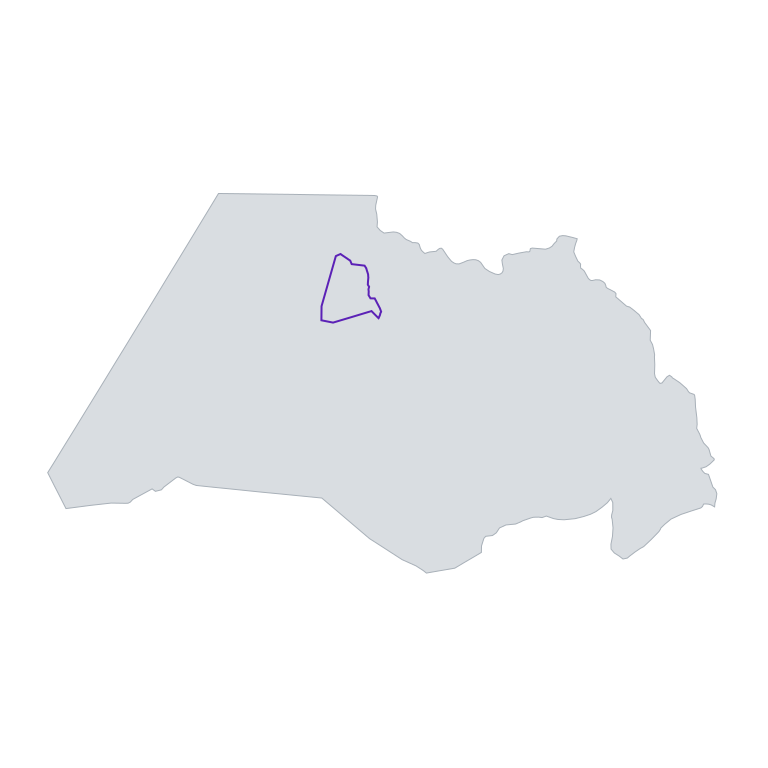 Mourtcha, Ennedi, Chad (highlighted), rotated 271°
{"feature_id": "50815135B12013942151217", "entity_name": "Mourtcha", "entity_type": "district", "adm_level": 2, "iso_a3": "TCD", "parent_name": "Chad", "parent_adm1": "Ennedi", "projection": "natural_earth1", "projection_center": [21.235, 16.282], "detail": "fine", "context": "in_parent", "style": "outline", "palette": "violet", "viewbox_px": 768, "rotation_deg": 271, "n_neighbors": 0, "source": "geoboundaries", "source_scale": "gbopen_adm2", "svg_char_len": 4274}
<svg xmlns="http://www.w3.org/2000/svg" viewBox="0 0 768 768"><g transform="rotate(271 384 384)"><path d="M571.6,215.2L571.7,233.9L571.8,252.6L571.9,271.3L572.0,290.1L572.0,308.8L572.1,327.5L572.2,346.2L572.3,364.9L572.3,371.1L571.9,373.5L571.7,373.9L571.0,374.3L562.5,372.6L558.8,372.5L553.6,373.8L545.9,374.6L541.0,374.3L537.5,377.5L534.9,381.4L536.2,390.7L535.9,393.8L534.8,397.0L532.5,399.7L530.2,401.9L528.8,403.8L527.1,408.0L525.8,410.0L525.9,412.6L525.5,415.4L524.1,416.8L520.6,417.9L518.3,419.1L516.4,421.1L515.2,422.6L515.9,424.5L516.8,427.2L517.3,431.3L517.6,433.8L519.4,435.7L520.5,437.2L520.8,438.9L519.8,440.3L515.5,443.3L513.7,444.5L511.7,446.0L511.0,446.6L507.8,449.4L506.2,451.9L505.4,454.0L505.4,457.0L507.1,461.3L508.8,465.0L509.5,467.8L509.9,470.8L509.8,473.7L508.9,476.3L507.3,478.5L501.3,482.8L498.3,487.5L495.9,493.2L495.4,496.3L496.0,498.4L497.3,500.1L499.0,501.0L501.6,501.3L506.0,500.3L510.0,499.7L514.3,501.8L516.5,506.5L515.6,510.0L517.2,516.4L518.7,524.0L518.6,526.6L519.2,527.5L521.9,528.0L522.5,529.8L521.6,543.2L522.9,547.0L524.7,549.7L526.7,551.1L528.7,552.9L529.8,554.1L532.1,554.4L534.8,556.8L535.5,560.1L535.3,563.2L533.8,570.0L532.6,574.6L531.0,574.3L527.9,573.2L524.1,572.2L519.4,571.4L515.0,573.3L510.2,575.7L508.6,577.5L507.3,578.5L505.2,578.4L503.2,578.7L502.2,580.4L500.4,582.3L493.5,586.2L492.0,587.6L491.1,589.1L491.1,590.6L491.9,593.8L491.8,597.8L490.3,601.0L488.5,603.1L486.4,604.0L484.7,604.4L483.6,605.7L480.0,613.0L478.4,614.4L475.2,614.2L466.1,625.1L465.2,628.3L461.8,632.9L457.6,638.0L453.8,640.4L453.5,641.4L452.5,642.3L450.2,643.4L442.1,649.6L432.4,649.4L428.1,651.8L423.9,652.9L417.8,654.1L416.0,653.9L408.2,654.4L399.0,654.3L395.5,655.1L392.2,657.5L389.8,659.5L389.4,660.2L389.8,661.1L389.7,661.8L396.1,666.8L397.7,669.3L396.1,671.7L395.3,672.1L395.2,672.2L394.1,674.1L390.4,679.8L384.6,686.6L381.7,688.5L380.5,689.7L379.0,694.2L378.0,694.8L374.1,695.4L366.3,695.9L355.6,697.4L349.1,697.8L345.1,697.4L339.4,700.5L337.4,701.3L336.2,701.6L330.6,704.6L325.9,709.2L324.3,710.1L317.7,712.1L315.1,715.3L313.9,715.5L309.7,711.3L306.9,707.5L305.5,703.6L305.3,702.4L304.5,702.6L302.2,704.3L300.2,706.3L299.3,710.0L292.5,712.5L286.7,714.6L284.1,717.3L280.1,718.7L274.9,718.1L270.8,717.0L266.9,716.7L268.8,713.3L269.5,710.8L269.7,707.7L269.5,705.6L267.1,704.6L265.6,702.9L262.3,693.2L258.8,683.3L254.0,673.4L248.7,667.2L244.8,663.3L243.6,662.9L241.6,661.7L240.2,660.5L233.2,653.9L225.9,646.4L224.0,643.0L220.4,637.9L216.3,632.7L214.2,630.3L213.2,626.0L216.1,622.1L219.1,617.2L222.9,613.9L227.7,613.7L235.6,615.1L244.2,615.5L252.6,614.5L254.8,613.8L257.0,613.9L261.6,615.0L269.5,614.8L273.6,612.8L269.2,609.4L264.5,604.0L260.1,598.1L257.4,592.8L255.0,586.0L252.7,577.5L251.4,566.5L251.6,560.3L252.4,555.8L254.8,548.6L253.2,544.4L253.6,540.9L253.4,535.9L252.7,533.3L249.6,524.9L249.0,524.0L246.3,518.1L245.2,508.4L242.1,502.0L237.2,498.9L234.4,495.1L233.5,488.4L231.5,486.6L223.8,484.3L217.3,484.3L212.6,476.7L206.7,467.0L201.1,458.0L197.7,440.0L195.7,429.7L198.1,426.6L202.7,419.2L208.7,405.2L222.2,383.5L229.1,372.3L242.7,355.7L259.5,335.3L268.9,323.8L270.6,302.8L272.4,280.6L273.7,263.9L275.4,244.0L276.8,227.4L277.8,215.2L279.3,198.1L280.4,194.8L287.0,181.3L287.5,179.5L286.3,177.3L277.2,165.8L274.3,163.3L272.7,157.3L275.1,154.0L264.2,134.8L261.5,132.4L260.3,130.1L260.2,126.6L260.2,113.3L257.5,92.5L253.9,68.2L266.9,61.3L276.8,56.0L289.5,49.3L301.0,56.2L317.8,66.1L334.6,76.1L351.4,86.0L368.3,96.0L385.1,105.9L402.0,115.8L418.9,125.8L435.8,135.7L452.7,145.7L469.6,155.6L486.6,165.5L503.6,175.5L520.5,185.4L537.5,195.3L554.6,205.3L571.6,215.2Z" fill="#d9dde1" stroke="#a8b0b8" stroke-width="1"/><path d="M449.7,377.4L450.0,377.6L451.3,378.1L453.0,378.8L454.0,379.0L454.6,379.1L456.2,379.9L459.8,378.5L460.3,378.2L463.8,376.3L465.2,375.5L466.2,375.0L469.4,373.2L469.4,371.2L469.4,369.3L469.4,369.0L472.1,367.3L472.6,367.0L476.2,367.1L478.5,366.8L480.4,367.3L481.0,367.4L481.9,366.8L483.0,366.1L486.1,366.2L490.3,366.5L490.7,366.4L493.3,366.2L496.4,365.2L496.8,365.0L499.2,364.3L499.3,364.2L499.5,364.2L500.8,363.3L502.0,362.5L503.3,349.6L506.7,348.1L513.2,338.2L511.2,333.9L511.0,333.6L460.7,320.2L446.6,320.3L444.5,332.0L450.5,350.9L456.7,370.2L452.7,374.3L449.7,377.4Z" fill="none" stroke="#5b21b6" stroke-width="2"/></g></svg>